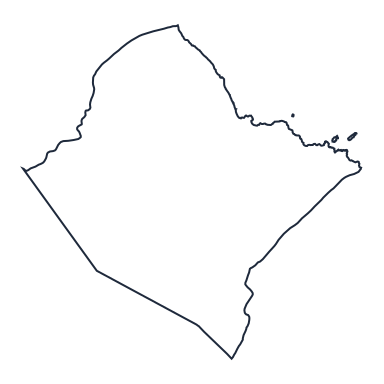 outline of Maekel Deb.Keih Bahri, Debubawi Keyih Bahri, Eritrea
{"feature_id": "51966322B58552537539737", "entity_name": "Maekel Deb.Keih Bahri", "entity_type": "district", "adm_level": 2, "iso_a3": "ERI", "parent_name": "Eritrea", "parent_adm1": "Debubawi Keyih Bahri", "projection": "albers", "projection_center": [41.68, 13.747], "detail": "fine", "context": "isolated", "style": "outline", "palette": "slate", "viewbox_px": 384, "rotation_deg": 0, "n_neighbors": 0, "source": "geoboundaries", "source_scale": "gbopen_adm2", "svg_char_len": 5944}
<svg xmlns="http://www.w3.org/2000/svg" viewBox="0 0 384 384"><path d="M23.0,168.6L96.8,270.8L196.7,324.7L197.6,325.5L198.7,326.1L204.1,331.8L227.1,353.9L231.6,358.7L233.0,357.0L234.2,354.6L235.2,353.2L237.4,348.7L238.9,346.0L240.1,344.5L242.8,339.7L242.8,338.4L243.6,335.1L245.5,331.1L246.3,328.9L246.5,327.5L247.4,326.4L248.7,323.4L249.3,319.9L249.4,318.0L249.2,316.7L248.2,315.1L246.2,314.4L245.2,313.4L244.8,312.7L244.4,310.4L244.6,308.8L246.5,304.2L252.3,295.5L252.8,294.2L252.6,292.9L251.6,291.3L250.0,289.4L247.6,287.3L245.8,285.1L245.3,284.3L245.4,282.7L246.4,280.4L248.0,275.3L249.1,272.5L249.9,268.8L250.8,268.1L252.3,267.4L255.3,265.3L257.9,262.4L260.0,261.6L262.8,259.2L269.2,251.7L274.4,246.0L276.0,243.9L278.6,239.8L283.9,233.7L290.2,228.1L294.8,225.2L297.7,223.0L302.0,218.3L307.9,213.3L311.0,210.4L314.6,206.5L321.4,199.9L323.3,197.6L328.3,192.7L331.3,190.0L333.5,188.4L341.9,179.7L344.4,177.8L346.1,176.8L349.7,175.2L354.1,174.0L358.5,171.9L360.9,168.8L360.7,168.2L361.0,167.7L359.9,167.3L359.8,167.1L359.4,166.9L359.4,166.4L359.0,165.7L359.4,163.7L359.0,163.2L358.7,161.9L357.8,161.5L357.1,161.8L356.5,161.8L355.6,162.3L355.1,162.2L353.2,161.3L352.9,161.0L352.6,161.0L351.6,160.3L350.8,160.6L349.6,160.2L348.0,157.6L347.2,156.9L347.2,156.6L346.7,155.8L347.1,154.2L346.7,153.8L346.7,153.3L347.4,151.6L347.0,151.2L347.2,150.5L347.0,150.1L346.6,149.9L345.7,150.0L345.5,150.6L345.1,150.8L344.7,150.2L343.4,150.0L342.9,150.8L342.2,151.1L341.8,151.0L342.2,150.2L341.9,150.1L341.1,150.4L339.6,150.4L339.7,150.2L339.2,150.3L338.4,149.6L338.1,149.8L338.1,150.3L337.7,150.6L337.2,150.6L336.8,151.1L335.7,151.4L335.6,152.1L335.3,152.4L335.0,152.5L334.4,151.6L334.6,150.6L334.2,149.6L334.4,149.5L334.5,149.0L334.4,148.6L333.2,148.1L332.7,147.6L331.4,147.7L330.7,147.0L330.1,147.0L330.1,147.3L329.9,147.3L329.4,147.3L328.9,147.0L328.6,146.4L328.5,145.0L328.9,143.9L328.1,142.9L327.3,142.3L327.3,142.0L326.7,141.8L326.3,141.4L325.7,141.3L325.0,141.7L325.0,143.0L324.3,143.5L324.4,143.8L324.0,144.2L323.9,145.1L322.4,145.6L321.2,145.7L319.4,144.1L318.2,144.4L317.5,145.1L316.3,145.1L315.1,143.9L314.5,143.9L313.5,144.1L312.8,145.0L311.0,145.0L310.8,145.1L309.1,144.8L307.8,145.2L307.1,146.0L305.7,145.9L304.5,145.4L303.9,144.9L303.4,144.1L303.5,142.8L302.7,142.4L302.0,141.7L301.8,140.4L301.3,139.1L300.9,138.7L300.5,138.8L300.2,138.5L299.9,137.7L300.0,136.8L299.6,136.1L298.9,135.5L296.3,135.4L295.8,135.0L295.4,135.1L294.8,134.7L294.3,134.0L293.9,134.0L293.4,133.8L292.6,132.3L292.6,131.2L292.3,130.3L288.9,128.9L288.5,127.9L288.1,125.5L287.1,125.0L286.5,122.7L285.9,122.4L285.8,122.1L284.6,122.0L283.9,121.4L281.8,120.8L279.9,121.1L279.9,121.3L279.2,121.5L274.6,121.7L274.2,122.3L273.1,123.0L272.8,123.8L271.9,124.1L271.5,124.6L270.8,125.0L267.4,124.8L267.0,124.7L266.6,124.3L265.7,124.2L265.2,123.6L264.1,123.6L263.0,124.0L261.8,124.0L260.3,123.2L259.5,124.0L259.2,124.8L258.0,124.9L257.3,125.6L256.4,125.6L253.8,125.0L252.6,124.1L252.0,123.4L251.3,121.8L251.3,121.0L251.8,120.9L252.3,120.1L252.8,119.9L253.0,119.3L252.9,118.9L252.5,118.7L252.4,117.6L251.7,116.6L251.3,116.3L251.1,115.7L249.3,115.7L248.2,116.5L247.8,116.5L246.7,116.0L246.4,115.6L246.0,115.5L245.2,116.1L244.1,117.8L243.1,117.8L242.2,117.5L241.2,117.7L241.0,118.3L240.6,118.3L239.1,117.8L237.8,116.3L236.6,113.8L235.9,111.8L235.8,110.0L235.7,109.9L235.4,109.4L235.5,109.0L235.7,108.9L235.3,108.7L234.7,107.5L234.2,105.3L233.6,104.3L233.7,103.3L233.2,103.2L233.1,102.8L233.0,102.6L233.0,102.8L232.9,102.7L232.9,102.1L232.6,102.0L232.4,101.4L231.8,100.7L231.1,98.5L230.7,97.9L229.9,95.7L229.9,95.2L229.7,95.2L228.4,92.7L226.5,90.1L226.2,89.3L225.8,89.1L225.4,87.9L224.9,87.3L224.2,85.0L224.1,79.2L222.3,77.3L221.7,77.2L221.2,77.8L220.4,77.6L219.8,76.7L219.7,75.4L217.7,74.2L216.3,72.3L215.7,70.9L215.8,70.0L214.9,69.2L214.4,68.6L214.1,67.9L214.0,67.1L213.4,65.5L212.8,64.4L210.9,62.4L210.2,61.3L209.8,61.1L209.3,60.5L208.0,59.4L207.2,58.3L205.8,57.1L205.6,56.7L204.8,56.3L203.6,55.2L201.7,53.1L201.1,52.1L199.9,51.0L199.8,50.5L197.8,49.3L196.4,47.9L195.7,47.5L195.0,46.4L193.2,45.8L193.1,45.5L191.8,45.4L191.0,44.0L189.1,42.3L188.9,41.7L188.2,40.6L187.2,40.0L185.9,40.0L185.0,39.7L184.0,38.6L183.3,36.9L182.4,36.0L181.3,33.5L180.7,32.6L179.8,31.6L178.7,29.8L178.4,27.3L177.8,25.3L176.7,25.9L175.8,26.1L172.9,26.2L170.2,27.1L167.9,27.5L164.0,28.7L153.3,31.3L142.3,34.7L139.4,35.9L131.5,40.4L127.0,43.5L121.4,47.9L118.6,50.5L114.0,54.0L109.3,58.4L107.1,60.3L103.8,62.8L101.9,64.5L96.3,71.5L95.1,74.2L93.9,75.8L93.2,77.5L92.9,82.6L93.1,84.7L94.1,88.1L94.2,89.4L93.6,93.0L92.6,96.1L91.4,98.7L90.3,102.3L90.0,104.6L90.4,107.7L89.8,109.0L88.4,110.1L87.9,110.4L86.1,110.5L85.6,111.0L85.3,112.3L85.6,115.2L84.3,117.1L82.2,118.9L81.6,120.3L81.5,121.2L81.8,123.8L81.7,124.4L80.1,125.3L79.7,125.4L77.9,126.6L77.1,128.0L77.2,129.4L77.9,130.4L79.0,131.5L79.7,133.0L80.8,136.0L80.7,137.2L79.5,138.2L78.3,139.0L73.7,140.0L68.3,140.8L63.3,141.1L60.9,142.0L59.8,143.0L58.2,144.9L56.2,148.9L55.7,149.7L54.8,150.5L53.0,151.1L49.9,151.5L47.9,152.6L47.2,153.6L46.3,157.5L45.9,158.5L44.2,161.5L42.8,162.9L40.6,164.0L38.7,164.7L35.5,166.6L30.6,168.4L28.3,170.1L27.0,170.7L25.7,170.8L23.7,168.9L23.0,168.6ZM355.9,133.7L356.5,133.5L356.4,133.2L356.1,133.0L355.0,133.0L354.6,133.3L354.2,134.0L353.4,134.2L353.1,134.7L351.5,135.5L351.1,136.0L350.1,136.7L348.1,138.5L348.3,139.6L349.1,140.2L349.8,140.1L350.0,139.8L350.6,139.7L350.9,139.3L351.3,139.1L352.4,137.7L353.0,137.3L353.6,137.3L354.4,135.7L355.5,134.8L355.6,134.2L355.9,133.7ZM338.0,137.8L337.4,137.4L337.4,136.3L337.1,135.9L335.9,137.0L334.2,137.4L333.9,137.9L332.6,139.2L332.7,139.7L332.3,140.3L332.4,140.5L332.5,141.6L333.7,141.6L334.0,142.0L334.7,141.9L335.0,141.5L335.2,140.8L336.0,140.6L336.0,140.1L336.5,139.7L336.2,139.0L336.7,138.2L337.1,137.9L338.0,138.1L338.0,137.8ZM293.3,116.4L293.5,116.0L293.6,114.9L293.4,114.6L292.8,114.4L292.5,114.7L292.1,116.1L292.3,116.3L293.3,116.4Z" fill="none" stroke="#1e293b" stroke-width="2"/></svg>